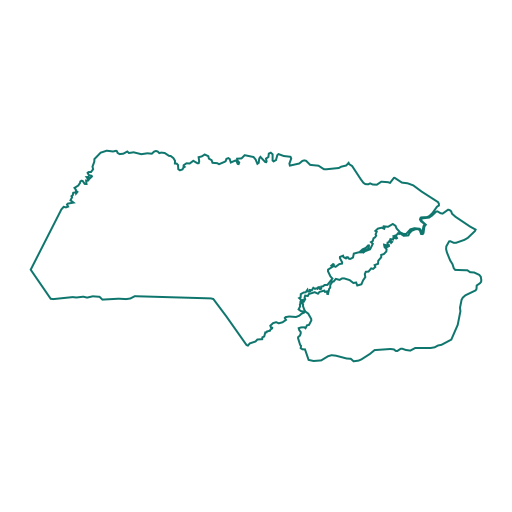 the district of Lívingston, Izabal, Guatemala
{"feature_id": "79465075B12175852129517", "entity_name": "Lívingston", "entity_type": "district", "adm_level": 2, "iso_a3": "GTM", "parent_name": "Guatemala", "parent_adm1": "Izabal", "projection": "orthographic", "projection_center": [-89.005, 15.735], "detail": "fine", "context": "isolated", "style": "outline", "palette": "teal", "viewbox_px": 512, "rotation_deg": 0, "n_neighbors": 0, "source": "geoboundaries", "source_scale": "gbopen_adm2", "svg_char_len": 6077}
<svg xmlns="http://www.w3.org/2000/svg" viewBox="0 0 512 512"><path d="M30.7,269.7L50.7,298.8L53.3,299.1L72.6,297.1L76.4,297.5L83.3,296.7L87.1,297.6L92.8,296.3L99.5,296.8L102.4,299.6L118.7,298.7L126.1,299.1L130.3,298.5L134.8,296.2L210.8,298.4L213.3,299.0L226.2,316.2L246.5,345.0L247.9,345.6L249.8,343.4L255.5,341.5L257.4,339.5L262.2,339.2L262.4,337.3L264.2,336.5L265.3,332.4L266.5,332.4L266.9,331.5L270.0,330.7L270.4,329.6L272.1,328.4L272.2,327.7L270.9,327.3L270.3,325.7L273.1,323.1L276.1,322.2L278.8,323.3L282.5,322.3L286.0,319.9L284.8,318.0L285.6,317.1L289.2,316.5L296.0,317.0L299.3,315.7L301.6,313.7L304.1,312.6L304.2,311.7L300.9,311.1L298.6,309.4L300.1,306.4L299.9,304.4L300.6,303.3L300.3,302.1L301.2,300.0L299.2,298.1L300.6,297.4L300.8,294.1L303.6,292.5L305.7,292.3L307.5,289.7L308.2,291.6L308.9,291.6L310.1,291.2L310.0,290.0L311.8,290.3L313.3,287.8L315.0,288.9L316.2,288.3L317.4,288.8L318.0,287.4L319.0,287.1L319.7,288.9L320.7,289.0L321.2,288.7L321.2,286.6L323.3,286.2L324.5,285.0L327.4,284.9L332.4,278.6L330.4,276.3L328.0,271.3L328.1,269.6L332.5,266.8L331.3,265.7L333.1,264.1L333.8,264.5L333.8,266.1L335.6,266.8L339.3,264.1L342.0,263.6L342.2,262.4L339.9,258.1L340.0,256.9L343.1,255.7L343.5,257.1L345.8,258.4L346.4,258.3L346.5,257.3L347.8,257.2L349.1,258.8L350.4,258.9L353.0,257.5L353.8,253.6L359.5,252.1L362.6,249.3L365.8,247.9L368.2,245.4L368.9,245.4L369.0,245.9L368.4,248.5L367.0,249.7L363.3,250.5L361.0,252.3L362.3,252.3L363.9,250.9L362.8,253.0L365.1,251.2L370.1,249.3L372.8,243.8L371.0,242.1L372.8,241.0L373.5,238.3L375.0,237.4L376.2,235.6L375.6,234.3L376.7,231.7L375.4,230.9L377.9,228.6L381.7,227.7L384.2,228.8L384.6,227.8L383.4,226.9L383.6,226.3L388.0,226.8L392.8,224.0L395.5,225.8L396.6,228.5L400.2,232.4L403.4,233.9L406.1,234.0L410.4,229.3L414.5,228.2L419.7,228.8L422.3,232.3L423.5,226.2L424.7,224.1L421.0,221.3L420.0,219.5L420.4,218.1L421.1,217.4L427.2,217.1L429.4,216.0L432.5,213.0L437.0,206.7L438.9,205.5L438.9,203.8L438.0,202.1L421.5,191.5L413.3,185.4L407.6,183.3L401.9,182.6L394.6,177.8L393.9,177.9L390.0,182.9L388.1,182.2L381.3,181.7L376.8,184.7L372.7,184.5L370.1,183.4L368.2,184.3L365.3,184.1L363.4,182.8L360.8,179.3L352.1,166.0L349.2,164.2L348.6,162.9L346.2,165.5L341.2,166.7L338.8,168.0L326.0,169.3L323.9,169.2L318.5,165.7L310.2,164.9L306.1,160.8L304.3,160.4L302.4,160.9L299.3,163.5L289.9,165.6L289.4,163.6L291.2,158.6L290.5,156.8L283.7,156.0L278.5,154.1L277.3,155.2L276.0,160.0L273.6,161.4L272.6,160.5L272.6,154.3L270.8,152.7L268.8,153.6L268.4,157.0L266.0,158.6L266.6,161.4L266.2,162.2L265.2,162.0L260.4,156.9L259.3,158.4L258.7,162.8L257.4,163.8L255.6,159.5L253.5,157.0L244.7,155.2L241.5,158.4L237.1,158.7L237.1,160.1L239.2,162.5L238.6,164.1L237.7,163.9L236.5,161.2L235.4,160.5L230.8,162.5L229.7,159.0L228.3,158.1L226.4,158.9L225.7,161.1L224.7,161.8L219.0,164.2L217.3,163.2L212.5,162.8L211.6,160.2L208.9,158.6L208.3,156.2L204.7,154.5L201.8,156.4L198.6,157.2L199.2,161.3L198.7,163.2L197.5,163.3L193.3,160.8L189.7,163.5L186.5,163.3L183.7,165.2L183.5,166.1L184.6,166.9L183.3,167.8L182.5,169.4L179.9,170.3L178.3,169.2L178.0,165.0L176.7,163.6L174.9,163.5L175.0,160.8L173.4,158.1L170.7,156.0L169.1,155.9L164.7,153.0L161.2,152.6L159.3,153.1L157.7,151.5L155.9,151.0L154.1,151.6L151.8,153.7L147.3,153.3L141.3,154.2L133.6,152.3L128.9,153.0L127.3,151.5L123.3,153.7L119.6,154.1L117.6,152.9L116.9,151.2L116.0,150.8L113.0,151.5L106.7,150.7L100.6,152.7L94.4,159.1L94.3,161.7L92.5,166.6L93.1,169.3L91.0,172.0L88.5,172.1L87.6,172.9L88.9,175.2L91.6,175.8L91.9,176.5L89.9,178.4L88.5,177.0L86.6,177.1L88.6,179.9L87.9,180.7L86.1,180.5L86.5,184.0L84.7,183.9L82.7,181.0L81.5,180.7L80.3,181.5L80.1,182.8L78.3,185.5L74.5,187.9L75.8,189.6L75.9,190.7L77.4,191.9L76.1,193.5L75.9,192.3L73.2,192.8L72.8,195.1L71.5,196.2L72.1,197.2L70.5,200.3L73.5,202.6L67.8,203.6L67.0,204.5L68.1,206.6L65.9,207.4L63.7,206.8L61.4,209.4L30.7,269.7ZM475.6,229.6L470.1,226.6L455.5,216.8L452.0,213.7L451.2,211.4L449.7,210.1L448.1,209.7L442.6,213.6L440.5,213.2L437.5,211.4L436.2,211.6L431.9,215.7L429.0,217.6L421.3,218.5L421.5,220.8L425.8,224.7L424.4,226.6L423.5,233.0L422.7,234.1L421.1,234.0L419.8,230.2L417.8,229.1L415.3,229.3L411.7,230.8L409.3,233.4L408.4,235.4L403.7,235.8L400.3,233.5L399.1,234.0L398.1,233.2L396.5,235.1L393.7,236.1L394.7,237.2L396.0,236.2L397.0,238.1L396.3,238.5L393.4,237.7L393.1,239.5L390.4,239.1L389.9,240.5L392.1,241.9L391.1,242.9L390.4,241.7L389.2,241.3L388.7,242.3L387.6,242.6L387.3,244.8L388.8,245.0L389.0,246.1L387.2,247.0L385.4,245.0L384.1,244.7L384.5,247.0L386.6,249.3L386.3,251.5L383.8,254.1L381.2,254.9L381.2,257.3L378.3,260.7L378.0,263.8L374.6,265.1L375.3,267.0L373.1,268.9L371.2,268.4L368.5,271.6L365.8,271.8L364.8,274.1L365.3,277.1L363.1,280.3L361.4,284.3L357.3,285.5L356.1,282.5L353.4,283.0L349.6,280.1L344.2,278.4L342.1,278.4L339.6,279.9L335.8,278.9L333.7,281.5L332.6,281.5L330.3,284.8L330.2,287.6L329.1,289.0L328.0,294.0L327.3,293.9L327.0,291.4L325.0,291.9L324.3,290.6L319.5,291.9L318.0,293.7L314.7,292.2L308.9,294.0L307.8,296.0L305.2,295.6L304.6,297.5L305.2,299.2L303.9,301.4L303.1,299.8L302.5,300.1L302.2,303.7L303.1,304.3L303.0,306.1L304.2,309.5L305.4,311.6L308.2,313.6L311.2,318.9L311.3,320.5L309.0,324.9L307.0,325.3L305.5,328.2L304.4,327.3L301.1,327.4L298.7,328.2L299.3,330.2L300.7,332.0L300.7,333.5L299.9,335.6L298.1,337.2L298.1,338.3L300.1,344.8L301.0,345.8L300.7,348.2L302.4,349.3L305.0,349.4L308.6,359.9L313.6,361.0L321.2,360.4L328.1,356.2L331.6,355.2L336.0,355.7L346.6,358.5L350.8,358.8L353.6,361.3L358.6,360.6L361.4,359.4L369.8,354.0L374.6,350.1L390.3,349.0L393.9,349.4L395.7,350.9L397.3,351.0L400.6,348.8L402.1,348.7L405.9,350.0L410.3,350.6L415.2,348.0L430.6,348.0L434.7,347.3L438.0,345.5L441.5,344.8L451.3,339.6L457.7,324.9L460.4,311.3L460.0,307.7L461.6,299.7L462.8,297.6L465.4,295.3L475.6,290.4L476.5,288.9L476.7,285.5L480.0,283.2L481.1,281.8L481.3,280.1L480.8,276.8L479.3,274.9L474.2,272.5L470.1,272.2L467.4,270.3L455.2,269.9L453.8,268.3L452.5,264.2L450.1,260.3L446.9,252.4L446.1,249.1L446.3,246.4L449.1,241.4L450.2,241.2L453.7,242.8L456.0,242.8L464.3,239.9L467.8,237.9L474.9,231.1L475.6,229.6Z" fill="none" stroke="#0f766e" stroke-width="2"/></svg>